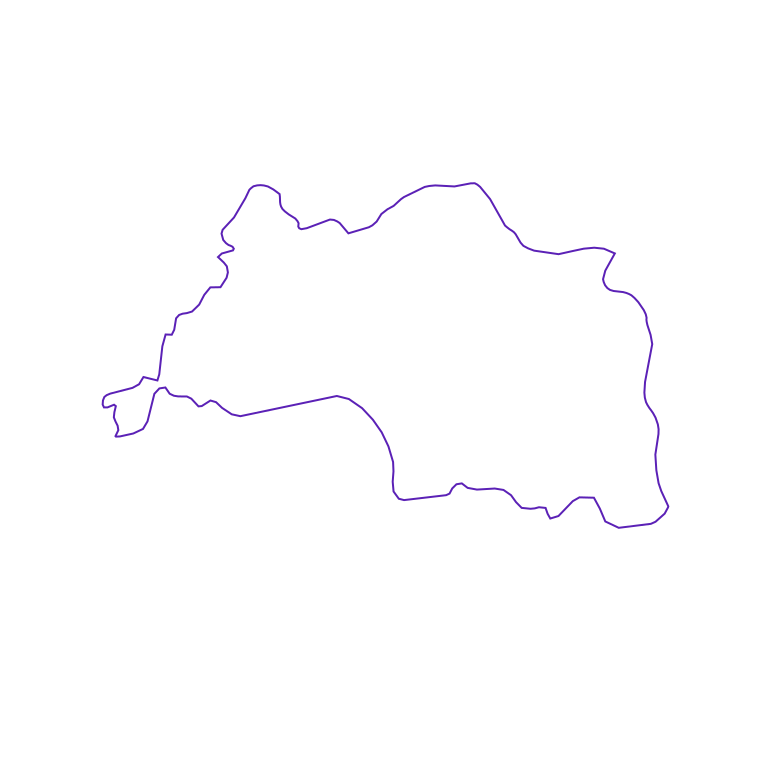 the border of Narayani, rotated 337°
{"feature_id": "NPL-1132", "entity_name": "Narayani", "entity_type": "Administrative Zone", "adm_level": 1, "iso_a3": "NPL", "parent_name": "Nepal", "parent_adm1": "", "projection": "natural_earth1", "projection_center": [84.782, 27.311], "detail": "fine", "context": "isolated", "style": "outline", "palette": "violet", "viewbox_px": 768, "rotation_deg": 337, "n_neighbors": 0, "source": "natural_earth", "source_scale": "10m", "svg_char_len": 2746}
<svg xmlns="http://www.w3.org/2000/svg" viewBox="0 0 768 768"><g transform="rotate(337 384 384)"><path d="M597.9,607.7L597.2,608.6L591.7,613.0L580.1,616.9L575.0,617.0L543.9,608.1L534.0,597.0L534.0,583.0L532.8,570.7L519.6,564.7L512.0,565.6L493.0,573.7L484.5,572.8L483.9,567.4L484.3,561.2L478.5,558.0L474.2,557.4L470.1,556.1L462.3,551.8L459.4,544.4L457.5,536.0L452.6,528.2L445.1,523.5L428.3,517.5L420.4,512.3L416.8,505.9L411.5,504.6L406.0,506.8L401.5,510.5L397.7,510.6L357.1,498.7L352.8,495.4L350.8,486.7L353.8,477.4L358.6,468.1L361.9,459.3L363.7,443.2L363.0,427.6L359.8,412.5L354.4,397.7L345.8,384.1L335.9,376.6L239.2,357.5L232.0,352.4L225.6,342.7L222.3,335.1L217.8,331.4L207.6,333.1L204.5,332.1L200.9,322.2L197.7,318.5L189.7,315.0L186.0,312.7L182.9,309.2L181.4,301.8L175.5,300.3L168.8,303.3L151.7,326.0L144.6,331.2L133.9,331.6L120.5,329.1L116.1,327.5L115.8,327.6L116.1,327.4L121.4,322.7L122.5,318.3L122.2,313.7L122.3,309.1L124.8,304.6L128.5,299.6L127.4,297.6L120.3,297.5L117.1,296.1L117.0,293.0L118.9,289.3L121.5,286.7L124.3,285.9L128.3,285.9L151.0,289.3L158.5,288.5L165.3,283.6L176.8,292.2L180.9,287.3L194.7,262.7L202.3,253.1L207.9,255.7L212.1,252.1L218.3,242.3L222.4,240.4L226.1,240.6L230.2,241.7L235.6,242.3L244.9,238.7L253.4,231.7L261.9,227.2L271.3,231.0L280.6,224.7L283.9,220.3L285.3,214.3L284.0,209.6L280.8,202.3L285.7,200.5L297.2,202.0L298.6,200.8L298.2,198.5L296.7,196.7L295.2,195.3L293.6,192.6L292.3,188.6L293.2,182.1L295.7,179.0L311.0,172.1L329.0,158.8L336.0,152.6L338.1,151.8L341.1,151.0L344.8,151.6L348.0,152.7L351.0,154.3L354.3,156.8L358.1,161.6L362.1,168.4L361.3,171.1L359.4,176.0L358.8,178.3L358.6,180.5L358.9,183.2L360.2,186.4L362.6,190.7L367.0,197.0L368.0,200.3L368.2,202.6L366.6,205.6L366.8,207.5L368.4,209.2L373.8,210.4L398.5,211.5L402.0,213.4L404.5,216.1L406.1,218.5L410.1,231.4L431.3,233.8L435.3,233.4L440.7,231.6L448.0,226.5L455.5,224.5L462.5,223.8L471.8,220.5L475.5,219.7L498.5,218.5L503.0,219.4L508.7,221.2L526.1,229.7L542.3,233.2L546.0,234.7L547.8,236.9L549.5,240.1L553.9,255.2L556.8,280.7L557.3,285.4L558.5,287.8L560.0,290.5L561.6,292.8L562.9,295.0L563.7,297.5L564.9,306.9L565.0,307.4L566.3,311.3L569.7,315.5L574.3,319.9L595.4,332.7L610.0,335.4L620.8,337.5L630.8,340.7L639.3,345.4L647.5,354.0L632.0,366.1L626.6,373.1L626.1,375.9L626.1,379.5L627.1,383.0L628.8,385.7L631.7,388.1L640.0,392.8L642.7,394.9L644.7,396.9L646.4,399.0L648.2,402.7L650.1,408.1L652.0,417.5L652.2,422.1L651.6,425.6L650.7,427.3L650.1,429.4L649.5,432.6L648.6,442.9L646.5,452.1L625.1,484.1L620.3,493.7L618.8,498.4L618.1,503.1L618.3,506.2L618.9,509.8L619.5,512.2L620.3,516.0L620.8,521.1L620.3,528.2L619.1,532.9L617.1,537.3L606.2,555.0L601.0,569.8L598.0,582.6L597.4,590.9L597.9,607.5L597.9,607.7Z" fill="none" stroke="#5b21b6" stroke-width="2"/></g></svg>